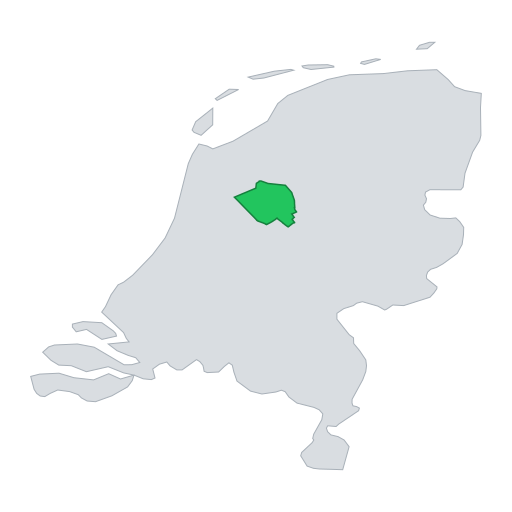 location of Lelystad, Flevoland, Netherlands
{"feature_id": "6326949B53575024953728", "entity_name": "Lelystad", "entity_type": "district", "adm_level": 2, "iso_a3": "NLD", "parent_name": "Netherlands", "parent_adm1": "Flevoland", "projection": "robinson", "projection_center": [5.465, 52.539], "detail": "fine", "context": "in_parent", "style": "filled", "palette": "green", "viewbox_px": 512, "rotation_deg": 0, "n_neighbors": 0, "source": "geoboundaries", "source_scale": "gbopen_adm2", "svg_char_len": 5867}
<svg xmlns="http://www.w3.org/2000/svg" viewBox="0 0 512 512"><path d="M342.7,469.7L330.7,469.3L319.4,469.0L313.5,468.3L307.1,466.1L304.2,461.4L300.7,455.8L301.7,452.4L312.2,442.6L313.8,440.0L312.7,438.5L313.7,434.2L321.8,419.7L322.8,413.9L319.2,409.8L314.0,407.4L297.0,403.1L288.9,397.0L285.2,391.7L281.4,390.2L275.9,392.0L261.9,394.0L250.5,391.1L237.0,381.1L233.9,372.1L232.3,365.2L228.9,362.8L224.4,366.4L218.6,372.0L207.3,372.6L204.1,371.3L203.6,368.2L202.9,365.3L199.8,361.6L196.5,359.6L182.1,369.9L176.8,369.9L170.1,365.9L166.8,362.0L159.4,364.2L152.7,369.0L155.0,378.0L151.4,379.6L143.2,378.8L134.0,375.1L123.7,372.9L108.2,366.7L86.4,371.7L71.3,365.7L58.8,365.1L51.0,360.3L42.7,352.2L48.7,346.9L54.5,345.0L77.5,344.0L94.2,347.2L124.1,364.8L131.7,364.7L139.8,362.5L135.7,357.7L128.2,355.4L117.0,350.7L108.2,344.0L129.1,341.9L126.3,338.4L123.6,332.6L101.7,312.1L105.5,306.6L111.1,294.7L118.1,284.8L123.6,282.2L132.7,275.2L152.5,254.7L165.1,238.0L174.5,218.2L188.3,163.6L192.4,154.3L198.9,144.0L207.1,146.0L212.8,148.9L233.0,141.2L267.6,121.0L277.8,103.5L287.8,95.4L327.5,79.5L349.4,74.8L383.1,73.6L407.5,70.8L436.8,69.7L448.1,79.5L454.6,86.7L465.1,90.6L481.3,93.4L480.5,107.5L480.9,135.4L479.7,140.3L472.6,152.1L465.0,173.2L463.1,187.1L460.8,189.8L429.9,189.7L425.5,192.1L424.9,195.1L426.5,198.7L425.8,202.2L423.4,205.1L424.7,209.7L430.1,215.0L439.9,218.2L450.4,218.5L455.8,217.9L459.8,221.7L463.7,227.4L463.5,234.7L462.1,244.4L457.2,253.4L443.0,263.8L436.6,267.4L430.6,269.3L427.7,272.0L426.4,275.5L426.7,278.6L437.0,286.9L436.8,288.8L433.8,293.1L430.0,297.2L403.7,305.6L392.8,305.0L386.6,309.2L384.7,310.0L377.8,306.1L362.4,301.7L356.6,303.2L353.4,305.6L343.8,308.6L336.9,313.3L336.9,319.2L349.2,334.7L353.5,337.8L353.7,343.5L359.7,350.8L365.8,359.9L366.5,365.7L365.8,371.5L362.7,379.8L352.1,399.3L352.0,403.0L352.9,405.8L356.6,406.6L359.4,408.1L358.6,410.7L338.7,424.1L336.1,426.5L327.7,425.8L326.4,428.1L327.6,431.7L330.9,434.9L338.0,436.6L344.1,440.0L349.1,446.7L342.7,469.7ZM134.0,375.1L132.2,380.7L127.6,386.9L111.9,395.8L95.5,401.7L87.1,401.0L81.4,397.9L78.3,394.7L69.7,391.6L57.7,390.0L50.2,393.4L44.8,396.6L40.2,396.0L36.7,393.4L34.1,389.3L30.7,376.4L39.7,374.1L59.0,373.2L73.9,377.7L93.6,379.9L108.7,373.7L120.5,379.0L134.0,375.1ZM101.8,322.7L113.2,330.8L115.7,333.4L116.5,336.1L101.9,339.4L86.5,329.4L76.2,331.8L72.4,327.1L72.4,324.1L83.0,321.6L101.8,322.7ZM212.7,124.8L201.1,135.3L194.1,132.4L192.1,130.0L195.7,121.7L212.8,108.1L212.7,124.8ZM263.9,78.0L253.1,79.2L248.2,77.1L274.3,71.2L290.8,69.4L293.7,70.2L263.9,78.0ZM333.9,67.1L311.0,69.5L303.3,67.7L302.0,66.0L308.2,65.0L327.7,64.7L333.8,66.2L333.9,67.1ZM238.6,89.5L217.1,100.4L215.3,98.7L229.2,89.2L238.6,89.5ZM427.2,48.7L416.5,49.2L419.5,45.3L429.5,42.3L434.8,42.3L427.2,48.7ZM380.7,59.4L364.5,64.4L360.6,63.4L361.5,61.9L375.8,58.8L380.7,59.4Z" fill="#d9dde1" stroke="#a8b0b8" stroke-width="1"/><path d="M266.7,224.5L266.8,224.4L267.0,224.3L267.1,224.2L267.3,224.1L267.5,224.1L267.7,223.9L267.8,223.9L268.0,223.8L268.1,223.7L268.3,223.7L268.6,223.5L268.7,223.4L268.8,223.4L269.0,223.3L269.1,223.2L269.4,223.1L269.6,223.0L269.7,222.9L269.8,222.9L270.0,222.8L270.1,222.7L270.3,222.6L270.5,222.5L270.7,222.4L270.8,222.3L271.0,222.2L271.4,222.0L271.5,221.9L271.9,221.7L272.0,221.6L272.3,221.5L272.4,221.4L272.5,221.3L272.7,221.2L272.9,221.1L273.0,221.0L273.1,220.9L273.3,220.8L273.5,220.7L273.8,220.5L274.0,220.3L274.3,220.1L274.6,219.9L274.9,219.7L275.2,219.6L275.6,219.4L275.6,219.2L275.9,218.9L276.5,218.5L276.7,218.3L276.8,218.2L277.0,218.1L277.1,218.3L277.3,218.5L277.7,218.9L277.8,219.0L278.0,219.1L278.3,219.4L278.9,219.8L279.6,220.3L280.2,220.8L280.8,221.2L281.1,221.4L281.2,221.5L281.4,221.6L281.8,222.0L282.2,222.3L282.6,222.7L282.9,222.9L282.9,223.0L283.0,223.0L283.5,223.4L283.9,223.8L284.3,224.1L285.0,224.6L285.1,224.8L285.3,224.9L285.6,225.1L286.0,225.4L286.5,225.8L287.1,226.2L288.0,226.8L288.1,226.7L288.2,226.8L288.3,226.8L288.4,226.7L288.5,226.7L289.4,226.0L289.5,225.9L289.7,225.7L290.3,225.2L290.5,225.1L290.6,224.9L290.9,224.8L290.9,224.7L291.2,224.5L291.6,224.2L291.8,224.1L292.0,223.9L292.4,223.6L292.6,223.5L292.8,223.4L293.1,223.1L293.3,223.0L293.4,222.9L293.5,222.9L293.8,222.8L294.0,222.8L294.3,222.8L294.5,222.8L294.6,222.7L294.5,222.4L294.4,222.3L294.4,222.2L294.2,222.1L293.4,221.0L292.8,220.2L292.7,220.1L292.5,219.9L292.4,219.8L292.0,219.3L292.0,219.2L291.9,219.2L292.3,219.0L292.5,218.9L292.8,218.7L293.0,218.6L293.0,218.4L293.3,218.1L293.5,217.9L293.7,217.7L293.8,217.7L294.0,217.5L294.2,217.4L293.9,217.0L293.8,216.8L293.7,216.6L293.5,216.4L293.4,216.3L293.4,216.2L292.9,215.6L292.7,215.2L292.4,214.8L292.2,214.6L292.1,214.4L291.8,214.0L292.2,213.9L292.6,213.7L293.1,213.5L293.5,213.3L294.4,212.9L294.9,212.7L295.1,212.6L295.3,212.5L295.8,212.3L296.2,212.1L296.5,211.9L295.7,210.8L294.8,209.6L294.4,207.6L294.8,207.6L294.7,206.2L294.6,204.8L294.5,203.6L294.5,202.4L294.4,200.4L294.3,200.2L294.2,199.8L293.8,198.6L293.3,197.2L293.2,196.8L293.0,196.3L292.8,195.8L292.7,195.5L292.6,195.3L292.2,194.0L291.7,192.5L285.4,185.3L268.2,183.5L267.9,183.5L267.6,183.4L267.0,183.1L261.0,181.0L260.3,181.0L259.3,181.1L259.3,181.3L259.2,181.4L259.2,181.5L258.0,182.3L257.2,182.8L256.6,183.2L256.4,183.3L256.2,184.7L256.2,185.1L255.8,188.2L252.9,189.4L249.1,191.0L244.4,193.0L242.1,193.9L241.5,194.2L234.4,197.2L238.0,200.8L243.8,206.8L247.7,210.8L254.4,217.6L255.4,218.7L255.9,219.2L256.5,219.9L256.7,220.2L256.8,220.2L256.8,220.3L257.0,220.4L257.1,220.5L257.3,220.7L257.5,220.8L257.8,220.9L257.8,221.0L258.0,221.1L258.3,221.2L258.5,221.3L260.6,222.0L261.5,222.4L261.9,222.5L262.3,222.6L262.7,222.8L262.8,222.8L263.0,222.9L263.5,223.1L263.8,223.2L264.2,223.4L264.4,223.5L264.5,223.5L264.8,223.6L265.0,223.7L265.1,223.8L265.3,223.9L265.4,224.0L265.5,224.0L265.8,224.3L266.0,224.3L266.3,224.3L266.5,224.3L266.7,224.5Z" fill="#22c55e" stroke="#15803d" stroke-width="1.5"/></svg>